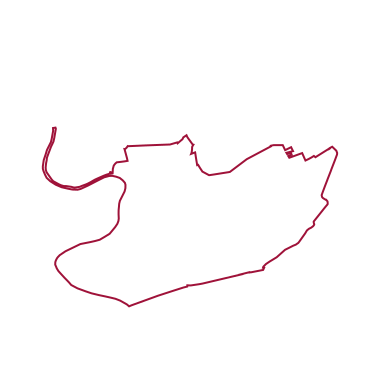 outline of Skrunda, Skrundas, Latvia, rotated 166°
{"feature_id": "27541924B8322531432805", "entity_name": "Skrunda", "entity_type": "district", "adm_level": 2, "iso_a3": "LVA", "parent_name": "Latvia", "parent_adm1": "Skrundas", "projection": "equal_earth", "projection_center": [22.017, 56.673], "detail": "fine", "context": "isolated", "style": "outline", "palette": "rose", "viewbox_px": 384, "rotation_deg": 166, "n_neighbors": 0, "source": "geoboundaries", "source_scale": "gbopen_adm2", "svg_char_len": 3328}
<svg xmlns="http://www.w3.org/2000/svg" viewBox="0 0 384 384"><g transform="rotate(166 192 192)"><path d="M141.8,99.2L140.4,101.0L141.4,101.4L140.9,102.2L140.0,102.8L139.3,103.2L137.7,104.2L133.6,105.7L125.6,108.2L115.7,113.4L111.2,114.4L106.9,115.4L104.0,115.8L102.0,116.6L101.3,116.8L100.0,117.8L92.3,124.4L89.8,126.9L87.5,128.0L84.9,128.6L82.8,129.5L82.0,130.1L81.3,130.8L81.2,131.7L81.3,132.1L81.2,133.6L80.8,134.1L73.6,139.6L66.7,144.9L63.4,147.3L63.0,148.4L62.8,150.1L63.7,152.0L64.0,152.0L65.5,153.5L66.5,154.6L67.0,155.6L67.0,157.3L66.9,157.7L65.1,160.4L61.6,165.5L58.3,170.2L58.1,170.4L57.7,171.1L52.1,179.0L51.7,179.6L51.4,180.1L45.9,187.9L42.2,193.3L41.7,194.8L42.0,197.2L45.0,202.0L47.7,201.3L47.7,200.9L48.5,200.6L48.5,200.9L63.8,195.9L65.0,197.5L67.4,196.7L70.8,195.8L74.3,195.1L75.7,203.1L89.3,201.7L89.9,203.6L87.9,203.9L87.3,204.0L86.3,204.1L86.6,206.2L90.5,205.8L90.9,207.2L84.1,207.2L85.0,211.5L91.5,210.1L92.6,215.5L101.3,217.7L103.3,217.8L104.4,217.8L104.4,217.2L130.9,210.6L150.4,202.3L151.8,202.4L166.6,203.7L170.7,204.1L171.5,204.3L177.0,209.3L177.3,210.3L177.4,210.5L178.5,213.6L179.5,216.9L180.5,216.8L180.5,217.2L180.4,217.8L180.1,221.6L179.8,225.1L179.4,229.2L179.4,229.7L183.6,229.2L183.0,230.0L182.1,232.1L181.5,233.8L181.0,235.6L180.6,236.2L179.2,237.6L179.9,238.0L183.2,246.2L183.6,248.4L187.2,247.1L188.4,245.6L194.2,242.7L194.4,243.7L201.8,243.4L226.1,248.5L242.9,251.9L243.2,252.1L244.9,250.7L246.6,249.8L247.1,250.0L246.9,240.6L247.0,237.8L249.7,238.0L253.3,238.4L257.9,239.0L259.6,238.1L261.5,236.6L263.2,233.6L264.3,230.0L265.7,230.7L267.2,231.5L265.7,229.4L266.8,229.5L267.9,229.7L268.6,229.6L270.8,229.5L273.3,229.2L276.9,228.6L279.8,228.1L283.0,227.5L285.2,226.9L287.9,226.1L291.3,225.3L293.2,225.0L297.0,224.6L299.7,224.2L301.2,224.3L304.3,224.6L304.8,224.7L305.4,224.9L306.5,225.4L307.8,226.2L310.0,227.1L312.7,228.2L315.0,228.8L317.4,230.2L319.3,231.7L324.0,236.0L325.1,238.0L325.8,239.8L328.3,246.3L328.5,248.6L328.1,251.1L327.7,252.2L327.6,252.6L326.5,255.5L325.3,258.0L324.5,260.3L322.3,263.6L318.0,269.8L317.3,270.7L316.1,272.1L314.2,274.5L312.5,277.9L308.8,286.3L308.9,287.5L311.4,287.7L311.9,285.0L315.2,277.7L316.8,274.6L322.6,267.8L324.9,263.9L328.1,258.9L330.5,253.1L331.1,250.6L331.0,248.2L330.4,244.3L329.6,240.9L326.9,236.7L322.4,232.0L317.4,228.2L311.5,225.2L307.4,223.3L302.5,221.9L299.4,221.9L291.4,223.4L281.3,225.8L273.7,227.5L268.4,227.6L265.5,227.0L261.9,225.2L258.7,223.1L256.4,220.1L254.9,217.2L254.8,215.1L255.7,211.8L257.3,208.8L264.1,200.9L265.5,198.2L266.3,195.8L267.6,192.1L268.6,188.3L269.5,183.9L270.4,181.7L272.1,179.2L275.1,176.5L278.6,173.9L282.0,171.4L287.7,169.6L293.1,168.0L297.9,167.9L302.6,168.0L312.9,168.5L329.1,165.1L335.7,162.7L336.9,161.9L337.6,161.5L339.0,160.4L340.6,158.6L341.6,157.0L342.3,154.6L341.8,151.5L341.7,150.6L340.7,147.5L339.1,144.5L336.5,139.7L334.8,136.8L333.2,134.0L331.7,131.0L329.5,129.0L326.4,126.2L321.8,123.1L319.3,121.4L314.0,118.0L307.3,114.5L301.5,111.7L300.5,111.2L296.3,109.1L292.1,106.9L288.0,104.0L282.4,98.7L280.7,96.3L278.0,96.7L250.0,99.6L234.2,100.7L223.3,101.4L219.5,101.4L219.1,102.6L216.5,101.8L215.5,101.6L207.2,100.8L203.9,100.6L164.4,100.1L164.6,100.3L160.0,100.3L157.0,100.3L155.7,100.3L155.7,100.0L155.1,100.0L154.2,99.8L142.5,99.2L141.8,99.2Z" fill="none" stroke="#9f1239" stroke-width="2"/></g></svg>